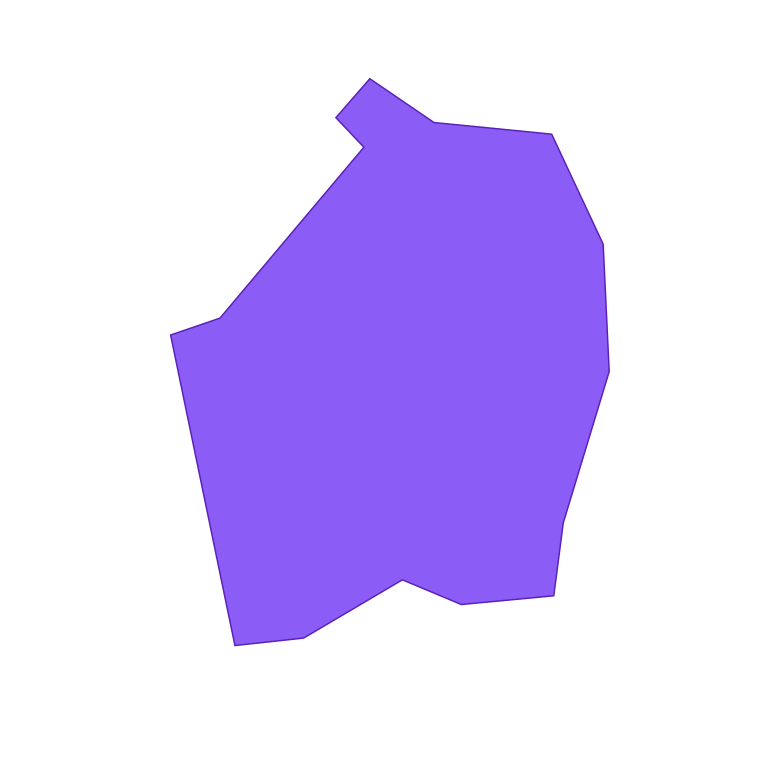 Karshi city, Kashkadarya, Uzbekistan (Robinson projection), rotated 15°
{"feature_id": "79887680B88652544593040", "entity_name": "Karshi city", "entity_type": "district", "adm_level": 2, "iso_a3": "UZB", "parent_name": "Uzbekistan", "parent_adm1": "Kashkadarya", "projection": "robinson", "projection_center": [65.821, 38.808], "detail": "fine", "context": "isolated", "style": "filled", "palette": "violet", "viewbox_px": 768, "rotation_deg": 15, "n_neighbors": 0, "source": "geoboundaries", "source_scale": "gbopen_adm2", "svg_char_len": 359}
<svg xmlns="http://www.w3.org/2000/svg" viewBox="0 0 768 768"><g transform="rotate(15 384 384)"><path d="M291.3,92.8L268.6,139.2L303.3,160.5L208.5,362.8L165.2,391.9L307.7,675.2L372.1,650.2L452.4,568.4L515.7,577.0L602.8,544.6L593.1,471.7L598.3,313.7L559.5,192.2L481.3,99.3L364.6,118.5L291.3,92.8Z" fill="#8b5cf6" stroke="#5b21b6" stroke-width="1.5"/></g></svg>